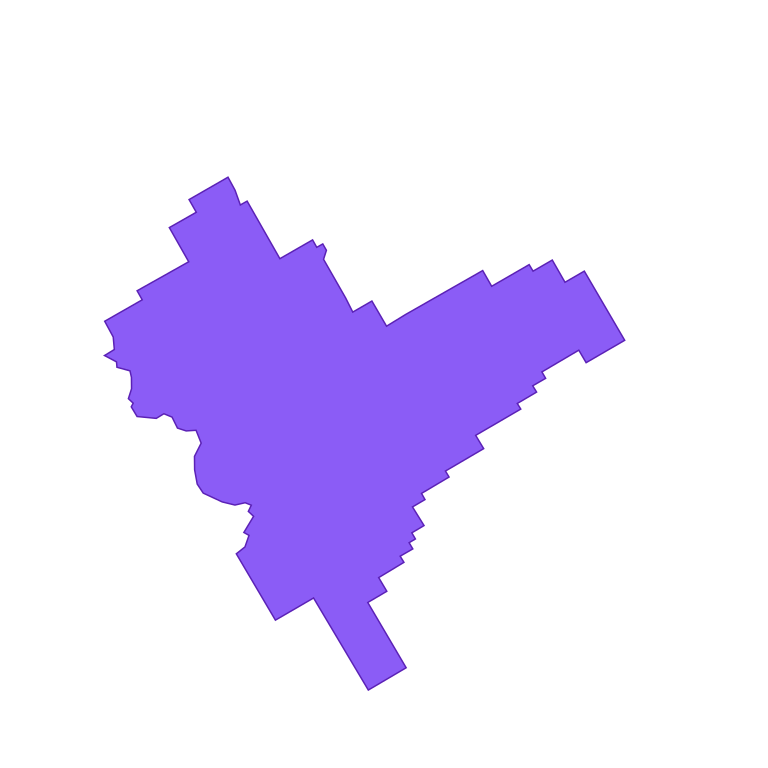 Union, Oregon, United States of America (orthographic projection), rotated 60°
{"feature_id": "52423323B75760567644754", "entity_name": "Union", "entity_type": "district", "adm_level": 2, "iso_a3": "USA", "parent_name": "United States of America", "parent_adm1": "Oregon", "projection": "orthographic", "projection_center": [-118.033, 45.409], "detail": "fine", "context": "isolated", "style": "filled", "palette": "violet", "viewbox_px": 768, "rotation_deg": 60, "n_neighbors": 0, "source": "geoboundaries", "source_scale": "gbopen_adm2", "svg_char_len": 1286}
<svg xmlns="http://www.w3.org/2000/svg" viewBox="0 0 768 768"><g transform="rotate(60 384 384)"><path d="M288.7,614.1L299.9,598.4L299.7,589.5L306.7,584.1L318.9,584.9L325.7,578.8L330.1,569.9L343.8,571.9L351.9,584.3L363.6,590.9L377.3,595.8L388.1,595.1L405.2,583.1L414.3,573.6L417.4,563.6L422.6,559.5L426.5,565.2L433.4,563.1L442.5,579.6L447.6,576.6L455.6,585.9L457.2,596.8L534.2,596.1L534.1,552.0L641.2,550.6L640.8,506.7L565.1,507.3L564.9,485.2L549.0,485.4L548.4,455.9L541.2,456.1L541.2,441.5L534.0,441.6L533.9,434.3L526.8,434.3L526.6,420.1L504.7,420.8L504.6,406.3L497.5,406.2L497.1,374.2L490.1,374.3L489.8,330.0L474.3,330.3L474.1,278.1L467.5,278.3L467.3,255.9L459.9,256.1L459.9,241.2L452.5,241.2L452.1,198.4L466.6,198.3L466.5,153.7L386.4,154.1L386.4,176.4L360.8,176.3L360.8,198.5L353.2,198.6L353.2,241.9L335.1,241.8L334.6,330.5L335.2,352.9L306.1,353.0L306.1,375.1L290.4,374.2L245.8,374.0L239.4,367.0L232.1,367.0L232.0,373.9L223.5,373.8L223.4,411.5L157.2,411.1L157.1,418.9L141.7,416.1L126.9,415.7L126.8,460.6L141.4,460.7L141.2,491.7L180.5,492.0L179.8,551.2L190.2,551.3L190.0,594.5L207.9,595.0L219.3,600.3L219.6,611.8L231.1,604.6L236.0,606.9L245.6,597.4L252.0,599.4L261.9,605.0L268.9,612.7L275.2,610.8L277.4,614.3L288.7,614.1Z" fill="#8b5cf6" stroke="#5b21b6" stroke-width="1.5"/></g></svg>